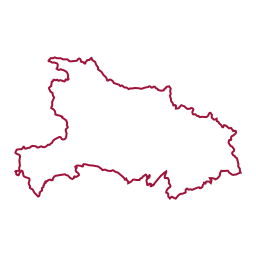 an SVG outline of Hubei
{"feature_id": "CHN-1807", "entity_name": "Hubei", "entity_type": "Province", "adm_level": 1, "iso_a3": "CHN", "parent_name": "China", "parent_adm1": "", "projection": "albers", "projection_center": [112.208, 31.166], "detail": "fine", "context": "isolated", "style": "outline", "palette": "rose", "viewbox_px": 256, "rotation_deg": 0, "n_neighbors": 0, "source": "natural_earth", "source_scale": "10m", "svg_char_len": 5759}
<svg xmlns="http://www.w3.org/2000/svg" viewBox="0 0 256 256"><path d="M63.2,139.5L64.8,139.1L65.7,138.1L66.2,136.7L66.6,133.3L65.8,131.0L65.7,129.8L66.2,128.9L67.6,127.6L67.8,127.0L66.8,125.2L67.2,123.3L67.1,122.5L66.0,120.2L62.0,117.5L61.8,117.0L62.1,116.6L61.0,116.1L55.4,114.5L55.2,112.0L54.6,110.7L53.4,109.2L51.3,108.2L51.3,107.4L52.2,105.7L52.2,101.9L54.1,97.5L52.9,95.6L52.5,92.9L50.4,91.6L50.0,90.4L49.2,89.0L49.0,88.0L49.4,87.3L51.2,86.1L51.8,81.6L52.9,81.2L53.5,79.8L54.1,79.7L55.7,80.2L57.2,79.7L58.5,80.8L60.3,80.1L64.3,81.5L65.4,80.7L65.5,79.7L65.8,79.4L67.5,79.8L68.0,79.7L68.5,79.2L68.5,78.5L67.9,77.7L68.2,75.6L67.1,72.6L66.2,71.6L63.7,70.2L62.2,69.9L61.1,69.3L60.2,69.3L59.3,69.9L58.5,69.9L56.6,68.7L57.4,67.4L57.8,65.2L57.7,64.5L57.0,63.4L54.3,62.5L52.0,62.5L50.4,61.5L48.7,61.2L48.6,60.5L50.8,58.1L53.0,58.3L54.6,57.4L57.2,58.3L60.6,58.2L63.0,59.3L67.2,59.4L68.0,59.8L69.2,61.0L70.7,61.4L76.4,60.8L77.0,60.5L78.4,58.8L79.3,58.5L80.1,58.9L80.6,59.9L81.2,61.8L82.7,61.9L84.2,63.3L85.0,63.6L85.2,63.4L84.8,62.9L84.9,62.4L86.5,61.3L87.0,60.3L88.0,60.0L89.6,59.9L90.5,58.5L91.5,58.0L92.2,59.9L95.2,62.0L95.8,63.9L96.6,65.5L98.0,67.2L98.2,67.7L97.9,69.0L98.1,69.5L99.2,70.1L101.8,72.2L103.5,75.0L106.0,77.3L106.5,78.2L107.0,80.1L107.4,80.5L108.0,80.6L109.5,79.6L110.5,79.7L112.5,80.8L113.9,83.1L119.1,84.7L120.3,86.1L121.9,85.4L124.3,87.4L126.6,87.6L128.8,89.1L130.2,88.4L132.5,88.5L133.2,88.2L135.3,88.0L137.5,88.1L141.7,88.8L144.2,87.8L148.2,87.0L148.9,86.4L149.8,86.3L151.7,87.7L152.5,87.5L153.7,86.6L154.7,86.7L155.1,87.0L155.8,88.1L157.5,88.9L158.0,89.9L160.9,90.7L163.7,90.4L164.4,89.0L165.0,88.5L165.5,88.5L165.8,87.6L166.3,87.1L167.4,86.6L168.5,86.6L169.1,86.3L170.7,88.5L170.2,90.7L170.7,94.1L169.9,95.7L170.9,98.7L171.1,101.0L172.7,103.1L173.4,105.4L174.2,105.4L175.0,105.0L175.9,105.6L175.9,108.6L178.0,108.4L178.8,108.0L181.3,105.2L184.5,106.4L185.4,107.4L187.4,108.9L190.0,108.7L191.0,108.0L192.4,108.3L193.0,108.7L193.3,109.5L193.2,110.3L192.4,111.7L192.4,112.6L192.9,114.2L193.4,114.4L195.4,114.3L197.1,115.9L198.5,116.0L199.2,116.8L199.9,117.1L202.3,116.8L205.8,117.1L206.9,116.8L208.0,115.8L209.4,113.1L210.5,112.8L211.9,114.8L211.7,116.8L211.9,117.7L213.9,119.6L215.6,119.4L216.6,118.8L216.8,121.1L218.5,121.9L219.1,123.4L220.9,124.7L222.4,127.2L223.2,127.2L223.9,125.3L224.9,125.2L226.5,126.1L228.9,128.2L229.7,128.3L230.8,127.9L231.3,128.1L232.0,129.4L232.9,130.2L233.2,131.1L234.6,130.8L235.9,131.2L236.0,132.6L235.5,133.5L233.4,135.4L232.0,136.1L231.1,137.1L231.0,138.1L231.3,139.1L231.1,139.8L230.5,140.1L229.4,140.0L228.9,140.4L228.6,142.7L229.3,144.1L230.1,144.9L230.5,145.9L232.0,146.5L233.8,148.9L234.1,149.8L234.0,150.9L232.5,152.2L232.1,153.3L233.0,155.2L234.6,155.8L235.2,157.0L237.0,158.3L238.4,164.1L238.2,166.4L239.8,168.6L239.9,171.0L240.6,172.7L239.6,172.8L236.4,174.4L233.2,174.9L232.2,174.7L228.9,172.4L228.1,170.9L227.7,170.7L222.8,171.1L221.3,170.8L220.0,173.3L219.9,174.8L219.5,176.0L217.4,178.4L215.4,179.4L214.4,178.7L212.6,178.2L209.8,178.1L210.0,178.6L210.7,178.9L211.5,180.4L210.8,183.1L210.3,182.7L209.7,181.5L206.5,181.5L205.9,182.1L205.5,183.5L205.0,183.4L204.3,182.7L204.0,182.7L204.0,183.7L202.8,185.2L202.3,187.1L200.6,188.2L199.9,188.2L199.6,187.4L199.1,187.3L197.1,187.8L192.0,189.9L190.7,189.3L188.5,189.6L187.4,188.7L186.9,188.6L186.3,189.0L185.6,190.0L185.6,192.5L182.9,193.6L180.4,193.9L178.4,195.3L175.7,198.6L174.5,198.2L171.9,196.7L170.8,197.3L170.1,198.4L169.8,198.5L169.4,197.7L168.4,196.8L168.2,195.9L168.2,194.0L168.0,193.5L167.4,193.0L166.4,192.8L166.2,192.5L166.4,191.1L167.0,189.9L168.3,188.1L169.8,187.4L170.5,186.0L169.9,184.6L168.8,183.1L169.0,180.7L168.0,178.2L167.2,177.9L165.1,178.1L164.7,177.7L164.9,175.5L166.3,172.1L166.2,171.4L164.2,172.8L162.1,174.8L161.2,175.4L154.6,183.2L153.4,185.3L152.6,185.5L151.7,184.5L151.4,184.9L151.4,186.1L151.1,186.3L150.6,186.1L150.5,184.1L150.1,183.7L149.4,183.7L147.8,185.1L147.3,185.0L146.5,181.0L146.6,179.9L147.2,179.0L149.3,177.4L149.7,176.1L149.7,175.3L149.5,175.2L147.3,177.9L146.8,176.9L146.6,175.5L145.8,174.6L142.9,176.5L141.9,178.0L140.3,178.5L139.9,179.5L139.4,180.0L136.2,180.0L134.5,179.6L133.1,179.6L130.6,182.0L128.2,183.2L128.1,181.3L126.8,180.2L126.2,178.6L125.0,179.6L123.7,177.5L117.8,172.5L115.8,172.0L112.9,170.2L110.8,171.0L108.0,170.8L104.8,169.6L102.5,170.1L101.5,168.9L98.1,166.5L92.5,165.5L89.4,165.3L85.2,164.2L83.5,164.2L83.1,164.8L83.1,166.0L82.8,166.4L82.3,166.5L80.5,165.8L77.8,165.5L76.5,165.8L75.4,166.8L76.4,167.3L76.7,167.8L75.8,168.7L75.7,170.4L76.4,171.9L77.7,172.7L78.7,173.9L79.0,175.0L78.3,175.7L76.4,176.8L75.8,176.9L74.8,176.4L74.2,176.6L74.0,177.9L72.7,178.8L72.3,179.0L70.1,177.9L67.9,175.5L66.3,175.1L64.8,174.3L55.5,175.8L54.4,176.5L53.0,178.4L52.5,180.2L51.3,180.3L50.6,179.7L50.0,179.6L48.1,180.2L47.3,181.2L46.1,181.2L45.8,182.4L45.2,182.1L44.9,183.3L44.4,183.4L44.1,185.0L43.5,185.4L43.4,187.0L41.9,188.2L42.1,190.4L39.7,192.4L39.7,193.8L39.3,195.6L39.0,196.1L38.1,196.5L34.4,192.7L32.7,189.5L30.0,188.1L29.8,187.4L30.1,186.3L29.0,184.4L28.7,183.4L29.5,180.1L29.4,178.9L28.9,178.3L25.3,177.1L23.8,176.2L23.4,175.2L22.8,172.2L22.4,171.1L21.6,170.7L21.3,170.9L19.5,172.9L18.9,174.8L18.5,175.2L17.4,175.1L16.4,174.4L16.2,173.0L15.4,171.4L15.8,171.0L18.4,170.8L19.2,170.4L19.4,169.7L19.2,167.8L19.9,165.9L19.4,160.4L20.0,157.0L19.9,155.8L19.5,155.0L16.3,153.6L15.4,152.7L16.1,150.7L17.1,149.5L21.6,149.1L22.2,148.7L23.2,147.1L23.7,146.7L24.2,147.0L24.7,148.3L25.7,148.7L28.0,147.9L29.7,147.7L31.4,146.3L32.5,145.9L35.7,146.3L36.3,146.6L37.0,147.3L37.9,147.6L41.3,146.3L42.8,147.1L44.4,147.2L46.1,146.4L48.1,144.7L49.6,144.9L50.5,143.8L52.1,142.7L52.8,141.1L54.8,139.3L58.8,137.2L59.8,137.0L60.5,137.2L61.0,137.6L61.6,138.9L63.2,139.5Z" fill="none" stroke="#9f1239" stroke-width="2"/></svg>